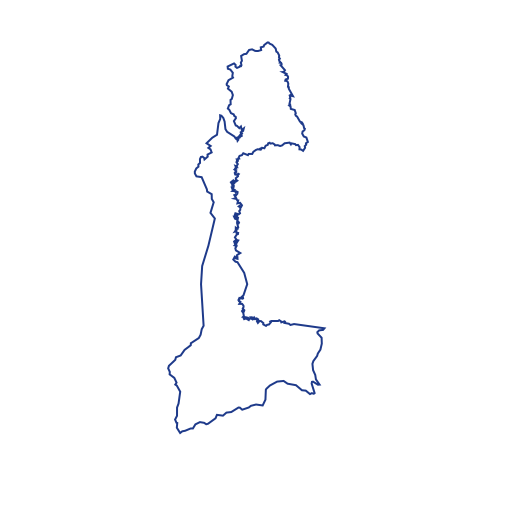 the district of Pinogana, Darién, Panama, rotated 30°
{"feature_id": "35544464B85836861885504", "entity_name": "Pinogana", "entity_type": "district", "adm_level": 2, "iso_a3": "PAN", "parent_name": "Panama", "parent_adm1": "Darién", "projection": "albers", "projection_center": [-77.802, 8.304], "detail": "fine", "context": "isolated", "style": "outline", "palette": "blue", "viewbox_px": 512, "rotation_deg": 30, "n_neighbors": 0, "source": "geoboundaries", "source_scale": "gbopen_adm2", "svg_char_len": 6100}
<svg xmlns="http://www.w3.org/2000/svg" viewBox="0 0 512 512"><g transform="rotate(30 256 256)"><path d="M244.2,141.4L244.4,137.7L243.3,136.5L243.8,134.5L242.9,133.4L243.9,131.3L240.4,128.2L237.6,128.6L234.8,126.9L234.1,124.9L235.0,122.9L234.7,121.4L233.7,121.2L231.7,119.0L229.4,118.5L229.9,117.8L228.8,117.3L227.0,117.7L221.9,114.7L220.3,114.6L219.1,113.6L219.1,112.5L216.5,110.2L212.6,111.2L211.1,109.2L209.9,109.1L210.4,108.5L209.8,107.7L209.0,107.8L207.4,102.8L206.4,102.6L206.3,101.4L204.9,100.1L205.5,99.0L206.4,99.6L208.1,99.1L200.7,94.7L200.0,93.4L199.1,93.5L197.8,90.6L196.3,89.3L195.3,89.0L193.7,89.6L193.4,88.3L195.0,86.5L194.2,84.8L192.8,84.0L191.1,84.4L191.3,83.0L187.2,83.3L188.0,82.7L188.2,80.6L181.9,78.5L182.5,77.5L182.0,76.7L181.2,76.2L179.9,76.7L179.8,75.8L178.6,75.4L177.6,74.3L178.0,73.2L176.5,72.4L175.9,70.8L173.0,68.9L171.4,68.8L169.3,66.5L164.5,65.0L161.5,65.3L160.2,64.8L159.2,65.3L157.6,69.2L157.9,70.8L155.8,72.9L157.5,75.1L155.2,77.5L152.8,78.8L149.3,79.0L147.0,81.0L146.6,85.7L144.7,87.2L143.1,90.2L146.2,94.0L146.2,96.1L148.0,98.0L148.1,99.0L147.2,99.3L147.3,100.2L145.5,102.6L143.5,102.3L142.8,100.7L140.7,100.2L136.7,106.1L138.0,107.9L140.6,107.4L144.3,108.9L145.6,112.2L146.9,113.0L144.3,117.5L144.6,121.8L145.3,122.6L147.7,122.8L148.0,125.1L152.8,125.9L155.5,128.2L156.5,132.0L155.9,133.6L158.2,137.3L157.3,138.9L157.9,142.4L159.7,142.7L162.9,144.8L165.9,144.5L167.2,145.6L168.8,145.6L169.7,146.7L169.4,150.2L173.2,153.1L174.4,152.8L177.6,153.6L178.2,151.4L180.7,154.0L181.6,151.7L182.3,154.1L180.9,156.5L181.7,157.2L182.6,157.0L182.6,158.2L183.6,159.1L183.0,160.0L181.7,159.3L181.4,161.5L182.1,161.1L182.6,161.6L181.7,163.1L181.2,162.0L180.2,163.2L182.5,163.9L182.7,163.4L182.4,165.4L181.6,164.5L179.9,164.5L177.5,163.3L168.9,162.9L166.1,161.4L161.6,155.3L158.7,152.8L155.9,151.8L154.6,152.1L156.5,155.2L157.0,159.6L161.6,170.5L159.0,175.4L156.8,183.1L161.7,183.4L160.7,186.2L163.3,186.4L165.8,188.5L163.3,192.4L164.5,194.1L163.1,198.1L162.1,197.0L160.0,196.7L158.8,197.8L159.0,200.1L161.0,203.4L160.3,205.6L161.5,207.4L160.5,210.0L160.8,213.5L161.8,215.1L164.6,216.8L169.5,214.9L180.1,222.8L181.5,224.6L186.7,224.6L189.2,228.7L192.5,230.6L195.0,241.4L201.6,244.1L209.6,270.8L214.4,291.6L222.5,307.9L245.5,342.6L245.6,346.5L247.4,351.9L247.5,355.6L243.2,364.1L244.1,365.9L241.1,373.0L240.5,379.8L237.3,383.7L238.0,386.3L235.5,394.6L236.1,397.2L239.3,399.5L240.4,401.7L246.2,402.4L250.5,405.4L250.4,407.7L252.2,407.8L258.2,411.4L262.7,422.5L263.4,426.7L267.5,433.9L267.7,438.1L270.5,440.2L271.3,440.0L273.3,444.3L278.8,447.2L279.8,444.7L282.0,442.8L285.6,438.1L287.6,436.9L287.7,432.1L290.5,427.9L294.5,426.4L297.0,426.6L298.3,425.3L302.1,416.8L301.6,413.1L307.2,410.8L308.7,406.4L312.6,403.5L316.6,396.0L317.8,395.4L320.9,396.0L325.5,390.8L326.5,388.3L330.3,384.6L336.5,382.1L336.0,375.7L331.4,366.9L331.4,365.8L332.8,361.2L337.1,354.2L342.4,350.4L347.2,350.8L355.2,347.9L362.9,349.3L366.4,347.7L371.8,348.6L372.9,346.9L374.9,346.4L375.3,345.4L368.0,338.7L367.4,337.0L368.2,336.3L374.0,336.5L375.3,335.6L369.6,332.9L366.8,329.4L362.5,326.3L358.8,321.2L358.2,318.3L358.9,312.0L358.3,309.5L358.6,304.9L356.8,299.0L353.7,294.0L348.1,292.3L347.2,291.3L347.9,288.8L351.0,286.5L351.4,284.4L323.0,295.9L320.3,298.5L318.4,298.2L314.2,299.7L314.1,298.5L313.4,298.3L311.1,300.8L310.3,300.1L308.2,300.0L307.7,301.2L301.8,304.6L301.1,305.6L302.0,306.0L301.5,308.8L300.0,310.1L299.6,311.5L296.5,311.6L295.9,310.4L292.9,309.9L291.6,310.5L291.1,313.0L289.4,312.0L289.3,310.9L290.0,310.7L289.6,309.8L287.8,309.7L287.5,310.7L285.9,311.6L285.5,310.8L286.1,310.5L285.1,310.1L284.8,312.6L283.9,312.6L283.8,311.2L283.1,311.1L281.7,312.0L282.2,312.7L281.9,314.3L280.4,314.1L281.1,315.1L279.8,315.1L279.7,313.7L278.2,314.5L278.7,315.0L277.3,316.6L275.8,315.5L276.4,314.7L275.3,315.1L275.6,314.2L273.5,311.7L271.4,310.7L271.5,309.9L272.6,310.9L273.3,310.3L273.0,308.8L270.8,308.1L270.7,306.3L269.9,305.2L267.9,304.4L265.5,305.8L265.5,303.6L263.9,303.6L263.6,302.5L262.8,302.7L262.6,300.6L265.7,299.7L266.0,299.1L265.5,298.5L263.9,299.1L264.8,296.3L262.5,284.8L254.2,276.5L243.0,270.6L241.1,271.2L238.1,270.4L238.0,267.5L239.6,268.2L241.4,267.7L240.5,266.3L239.4,267.0L239.1,264.7L240.9,261.3L235.8,261.2L234.2,259.6L234.2,257.1L232.3,257.5L233.0,255.4L231.3,253.9L231.0,255.4L229.8,254.4L230.5,252.6L232.7,253.6L232.8,251.4L231.3,251.8L228.4,250.4L228.6,246.9L229.4,246.1L229.0,245.0L227.4,245.6L226.6,244.2L225.5,245.4L225.6,243.9L224.4,241.7L226.1,242.1L226.5,241.5L225.6,240.8L226.2,240.0L223.5,237.3L224.6,236.6L224.6,235.6L223.6,235.1L222.5,235.6L221.0,231.0L220.6,234.0L219.2,234.2L217.5,233.0L219.6,232.2L219.5,230.6L217.2,231.4L216.8,229.3L220.2,228.5L220.8,227.0L219.0,225.5L219.3,224.0L218.2,221.7L216.3,221.7L216.7,220.7L217.3,221.2L218.6,220.8L218.5,219.1L215.6,217.9L213.6,219.7L212.8,216.8L212.1,217.2L210.4,216.4L208.6,217.0L209.7,215.7L206.8,214.1L207.2,213.6L208.3,213.8L208.7,211.4L208.1,209.8L206.4,209.9L206.4,210.9L205.5,210.3L203.2,211.4L203.8,209.7L202.5,210.2L201.2,209.1L202.4,208.4L201.8,206.6L200.4,207.2L200.6,205.5L200.0,205.2L198.9,206.4L199.2,205.6L197.4,204.7L198.0,203.2L198.6,204.4L200.5,204.6L200.7,204.0L199.3,203.7L199.0,202.0L200.3,202.4L200.4,201.4L201.3,201.8L202.1,200.1L200.4,199.9L199.6,198.7L200.5,196.0L199.8,195.3L200.1,193.7L199.4,193.7L199.4,195.0L197.4,195.8L197.0,195.3L197.8,194.2L196.7,195.3L196.0,194.6L196.1,193.9L196.9,193.9L196.5,192.3L194.3,191.9L195.2,190.5L194.3,190.3L194.7,189.5L193.2,188.3L194.7,188.1L194.2,187.7L194.3,185.5L192.2,184.6L192.0,183.7L192.6,183.8L192.8,182.8L192.2,181.7L191.3,181.6L192.7,180.1L191.8,179.6L191.7,177.5L193.4,175.7L193.6,173.4L198.6,172.7L198.6,171.3L201.7,169.5L201.6,167.1L202.9,164.2L204.1,162.7L206.1,161.9L205.6,161.6L206.1,160.6L207.1,160.5L207.1,159.3L209.4,158.5L209.2,155.7L210.6,153.9L210.2,152.3L211.2,151.1L212.2,151.5L214.1,150.0L216.4,150.1L217.1,150.7L219.5,149.1L221.9,148.7L223.3,147.2L224.4,144.1L228.4,141.0L230.4,141.9L230.4,140.7L234.0,139.5L235.2,140.0L236.8,138.8L239.3,139.9L240.3,141.9L241.9,141.2L244.2,141.4Z" fill="none" stroke="#1e3a8a" stroke-width="2"/></g></svg>